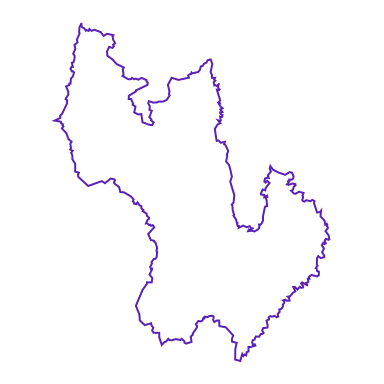 Tiquicheo de Nicolás Romero, Michoacán, Mexico
{"feature_id": "50627088B35926432685545", "entity_name": "Tiquicheo de Nicolás Romero", "entity_type": "district", "adm_level": 2, "iso_a3": "MEX", "parent_name": "Mexico", "parent_adm1": "Michoacán", "projection": "natural_earth1", "projection_center": [-100.779, 19.071], "detail": "fine", "context": "isolated", "style": "outline", "palette": "violet", "viewbox_px": 384, "rotation_deg": 0, "n_neighbors": 0, "source": "geoboundaries", "source_scale": "gbopen_adm2", "svg_char_len": 5940}
<svg xmlns="http://www.w3.org/2000/svg" viewBox="0 0 384 384"><path d="M325.5,231.1L328.0,227.9L326.8,225.8L327.3,224.9L326.7,223.7L325.2,224.6L324.5,220.6L320.5,216.4L321.0,210.9L320.2,212.0L317.1,212.5L314.0,203.1L314.5,201.1L312.3,199.9L310.3,201.2L306.3,200.2L304.3,201.6L303.0,201.1L302.2,199.9L303.2,197.1L302.5,195.6L303.6,193.1L299.1,191.7L295.5,193.8L293.9,193.5L291.1,190.7L293.1,189.7L293.7,186.6L295.6,185.2L295.4,184.2L292.6,183.5L288.5,184.9L287.0,184.4L288.7,182.4L288.1,181.3L289.6,180.8L289.3,179.6L292.1,179.6L293.1,178.4L293.6,176.4L292.0,172.7L289.6,172.1L285.2,174.8L278.3,172.5L272.8,169.5L270.4,166.1L269.7,168.6L270.9,171.6L267.9,175.3L268.7,177.9L267.1,177.6L265.0,178.6L264.3,181.5L265.6,182.6L267.1,180.8L269.5,183.0L265.7,188.0L265.2,190.3L262.7,189.5L260.8,193.8L261.2,194.6L264.3,194.9L264.3,197.2L267.0,195.7L267.2,197.0L266.3,196.8L265.7,198.0L266.6,200.2L267.1,206.1L265.3,206.5L264.8,207.5L263.0,216.3L263.0,220.6L261.7,223.3L260.4,224.8L259.1,224.6L259.3,227.4L258.3,229.2L253.9,231.8L254.4,231.4L251.4,230.7L248.1,231.2L248.9,229.5L251.1,230.4L251.4,229.0L253.6,228.1L251.1,228.4L249.7,226.2L246.7,227.2L243.1,225.6L238.7,227.8L238.9,226.1L237.8,226.1L237.2,224.7L237.5,223.0L236.7,222.7L236.2,219.7L233.4,215.6L234.1,214.8L232.7,210.2L232.4,205.4L231.7,204.7L233.6,202.4L234.3,195.1L230.2,181.5L231.9,176.7L230.4,170.0L229.2,165.3L226.1,161.5L227.3,155.4L226.8,154.8L228.2,151.0L225.5,145.1L224.1,144.2L224.9,141.8L220.8,142.8L218.5,140.5L216.7,140.8L216.3,139.0L214.8,128.9L217.6,124.5L220.3,123.2L218.1,120.4L220.2,121.1L220.8,120.5L220.1,116.6L222.1,116.9L222.6,115.0L220.5,113.8L220.1,112.4L222.4,112.0L220.4,109.4L222.6,108.2L220.4,106.5L218.5,103.1L219.8,103.2L219.0,102.0L220.2,100.4L216.9,89.7L219.0,90.1L219.5,89.3L218.4,88.6L218.1,85.9L219.1,83.3L217.2,86.3L214.9,84.9L214.3,85.3L213.7,82.1L215.3,80.7L214.1,79.6L215.0,77.8L211.9,77.8L212.0,74.9L210.6,72.3L212.3,64.0L210.7,59.5L207.6,60.3L206.4,62.6L204.0,63.7L202.7,66.0L200.8,66.4L199.9,69.9L198.2,72.0L192.0,73.4L191.5,72.7L191.0,74.1L189.3,74.4L188.2,75.4L188.8,77.7L178.5,79.9L171.7,77.8L167.9,84.9L169.5,91.3L168.9,94.3L169.7,95.3L166.7,99.9L163.0,101.6L158.5,101.6L157.2,102.4L153.2,102.6L148.9,101.2L148.2,103.3L149.8,106.2L149.5,109.9L151.8,110.8L149.4,117.2L151.4,119.4L151.1,120.4L153.7,122.4L152.1,125.2L148.7,124.6L142.5,122.2L141.3,114.1L138.1,114.4L134.2,112.4L135.5,106.6L132.7,104.8L133.2,103.9L131.1,99.0L128.7,99.0L128.9,95.7L135.8,91.5L136.0,90.4L147.4,85.0L147.8,82.5L146.5,81.5L146.5,80.1L141.6,77.9L138.3,79.7L135.9,78.6L134.0,79.3L131.9,77.8L130.8,79.2L128.2,79.2L122.5,76.0L123.6,74.7L122.8,69.5L123.8,67.5L116.7,64.1L112.4,59.4L107.4,55.8L107.0,51.4L109.2,46.9L112.4,47.9L113.9,46.2L113.1,44.8L115.1,43.2L113.1,39.5L112.6,36.4L113.4,35.2L107.1,33.8L103.6,35.9L100.7,32.1L94.5,29.8L91.4,30.8L89.4,29.0L88.6,30.9L86.7,30.1L85.9,30.7L84.0,28.1L82.2,27.4L81.3,25.4L81.6,23.0L79.5,27.3L79.1,32.2L79.6,33.3L76.9,39.6L77.5,42.4L74.5,44.9L75.4,48.7L73.2,53.8L74.6,55.7L74.5,58.8L73.5,62.2L71.8,62.9L72.9,66.9L71.5,66.9L70.5,68.8L72.0,71.5L73.1,71.3L74.0,72.5L72.9,76.5L70.9,78.6L70.5,83.6L69.4,83.5L69.2,85.0L66.1,86.4L68.3,91.9L68.3,94.5L65.6,99.1L67.1,100.3L67.1,103.3L62.2,113.6L60.2,115.6L60.3,117.9L54.6,120.6L60.9,121.7L61.2,123.4L62.9,124.3L62.6,125.4L63.4,126.3L61.9,128.4L66.3,133.1L68.5,139.1L71.6,141.8L70.3,143.7L71.0,148.2L70.2,149.5L72.7,150.8L71.1,152.8L72.3,155.0L72.4,159.3L75.2,163.9L75.2,171.6L78.9,172.7L77.9,175.1L78.3,176.9L88.2,186.0L101.8,181.1L105.0,183.2L110.5,178.6L114.2,179.3L115.1,180.3L113.9,182.4L114.5,183.5L119.1,187.1L120.3,192.0L124.1,192.4L130.7,196.3L133.6,199.4L132.8,201.2L134.2,202.7L134.0,203.6L136.4,204.2L137.5,202.4L139.5,205.3L141.4,206.2L141.4,208.5L143.5,210.1L142.7,211.2L146.5,213.5L147.0,215.8L149.0,217.7L149.1,218.7L147.5,219.9L146.1,223.3L146.9,223.1L149.2,225.1L150.2,224.7L150.9,225.7L152.8,225.1L154.2,227.3L148.2,234.0L150.8,240.0L154.1,240.8L154.4,242.0L155.5,242.5L157.2,248.3L156.4,250.8L157.2,252.0L156.5,257.5L155.5,258.8L153.8,258.9L151.4,262.3L152.0,263.5L150.2,266.8L150.9,269.0L152.0,268.6L152.2,269.2L149.5,274.6L152.3,278.0L151.7,282.4L147.0,282.3L146.9,283.8L142.6,289.8L135.9,305.8L139.4,314.5L139.8,320.4L144.7,325.1L151.1,323.3L151.4,325.1L153.3,327.8L152.1,330.4L153.6,332.8L159.2,332.8L159.3,337.5L161.8,344.9L164.3,342.2L166.2,341.5L168.2,338.8L169.3,340.1L171.6,340.3L175.7,339.1L180.5,340.0L181.7,338.8L184.4,341.3L184.5,342.7L186.2,343.6L191.5,341.9L190.8,336.5L192.8,334.8L192.7,333.7L196.6,327.9L197.2,326.0L195.8,324.3L198.4,320.9L200.3,321.5L202.5,320.6L203.1,318.3L203.9,317.4L204.5,318.1L205.2,316.6L207.4,317.2L209.4,316.0L212.9,315.8L213.7,316.8L213.2,320.0L214.3,322.0L216.9,320.5L219.1,320.5L219.4,326.1L225.8,327.3L233.2,335.5L231.9,339.1L232.0,341.6L236.7,342.9L235.3,349.0L235.2,359.6L240.2,361.0L242.3,354.0L243.4,355.9L244.5,354.6L246.1,355.4L246.8,352.1L248.5,351.5L248.5,346.9L250.5,347.1L255.3,345.6L254.7,344.3L252.9,344.8L252.1,342.2L252.8,340.2L254.5,339.7L255.7,336.5L259.2,336.7L260.7,334.0L262.1,334.1L263.6,333.0L262.2,330.6L263.1,328.1L267.4,327.6L267.7,325.6L266.5,320.6L269.0,319.4L268.7,317.2L270.4,316.1L272.0,316.7L274.6,315.9L276.7,317.2L278.3,316.6L277.7,313.9L279.7,311.9L279.3,309.5L281.7,308.6L282.9,306.6L282.8,304.7L284.2,303.0L284.2,301.3L283.1,300.4L285.3,299.6L286.7,300.7L289.5,300.7L289.2,298.2L287.7,296.7L290.1,296.2L292.9,292.8L295.3,291.4L293.3,287.0L294.8,286.9L297.3,289.5L299.9,286.8L301.1,287.8L303.1,287.5L303.2,286.0L301.1,283.5L302.2,282.4L307.8,285.6L305.9,283.1L308.4,281.9L307.9,278.9L309.3,278.9L308.8,277.3L309.4,276.3L311.4,275.0L317.2,276.4L318.8,275.2L318.9,271.7L317.2,271.1L316.6,268.6L315.7,268.0L317.6,265.8L316.8,264.6L317.1,258.0L318.3,256.1L320.7,258.1L324.2,257.1L324.3,255.9L322.1,252.2L324.0,248.4L321.8,245.3L323.2,242.8L324.7,244.1L325.8,243.3L324.7,240.7L325.8,238.9L328.6,239.8L329.4,239.2L328.6,235.3L325.5,231.1Z" fill="none" stroke="#5b21b6" stroke-width="2"/></svg>